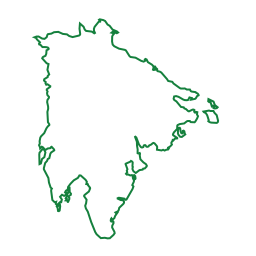 map outline of Sabah (Mercator projection), rotated 88°
{"feature_id": "MYS-1186", "entity_name": "Sabah", "entity_type": "State", "adm_level": 1, "iso_a3": "MYS", "parent_name": "Malaysia", "parent_adm1": "", "projection": "mercator", "projection_center": [117.356, 5.751], "detail": "fine", "context": "isolated", "style": "outline", "palette": "green", "viewbox_px": 256, "rotation_deg": 88, "n_neighbors": 0, "source": "natural_earth", "source_scale": "10m", "svg_char_len": 5882}
<svg xmlns="http://www.w3.org/2000/svg" viewBox="0 0 256 256"><g transform="rotate(88 128 128)"><path d="M87.3,207.9L86.5,207.8L84.1,204.3L83.5,204.2L81.5,206.9L81.9,208.2L80.5,208.9L79.2,208.6L77.9,210.1L77.3,210.3L76.2,209.9L74.3,206.5L73.2,206.4L71.7,204.9L67.1,206.5L61.3,205.2L60.4,207.1L55.4,211.3L54.5,210.9L53.9,210.2L53.0,208.0L51.0,207.1L47.5,206.7L46.7,205.0L46.2,204.5L45.6,204.6L44.8,205.3L44.3,207.1L44.1,210.7L41.9,212.5L41.4,213.8L40.7,214.0L39.3,213.0L36.1,216.1L35.0,216.4L34.1,218.3L33.4,216.2L33.5,214.1L35.6,210.7L36.0,208.3L34.4,206.1L32.1,205.3L31.4,204.7L31.0,201.3L29.7,198.6L29.5,194.3L31.7,189.8L32.3,185.7L34.0,183.6L35.2,180.2L33.9,173.7L33.1,172.7L32.4,172.5L27.1,173.0L21.9,172.4L25.2,168.9L28.1,167.8L29.5,166.5L30.4,160.8L32.2,158.4L31.8,157.7L29.7,158.6L27.6,158.6L25.7,157.8L20.7,153.5L20.7,152.1L20.1,152.0L18.8,153.1L18.4,152.4L19.3,148.9L20.3,147.1L23.9,144.8L25.2,142.8L29.1,140.0L31.1,135.7L32.2,134.6L32.9,135.9L31.0,139.5L32.2,141.1L33.0,138.4L34.9,140.1L36.0,140.6L41.0,140.9L44.1,140.4L45.8,138.9L48.4,134.2L49.8,128.4L50.4,127.4L56.2,124.0L57.1,123.0L58.0,118.0L61.4,112.4L62.2,110.0L61.3,108.3L60.1,108.8L59.6,108.1L60.2,107.0L62.9,105.8L65.5,101.9L66.7,100.8L68.4,100.3L70.6,101.0L70.9,100.5L70.7,98.6L70.0,98.4L67.5,99.1L67.5,98.8L69.0,98.0L70.1,96.8L71.6,96.8L72.2,96.5L72.8,94.2L73.7,92.8L80.5,87.3L82.4,86.2L83.4,82.1L85.1,81.0L90.0,74.7L90.4,73.8L90.5,69.8L91.6,67.9L91.7,64.8L93.3,64.0L93.8,63.1L94.5,59.2L95.1,58.8L96.0,57.2L97.1,56.4L97.8,56.3L98.5,57.8L100.8,59.3L101.2,59.9L101.9,64.0L100.3,63.2L99.6,65.5L102.0,66.9L102.3,68.1L102.1,70.3L101.5,71.8L98.6,76.4L97.8,78.8L98.1,80.8L100.4,81.4L101.6,80.8L103.1,78.7L108.8,74.3L109.3,71.6L110.4,71.0L111.1,69.4L113.2,67.3L113.5,66.5L111.9,62.9L111.9,61.7L112.4,61.0L114.0,61.3L114.9,60.7L115.0,60.3L114.4,59.8L114.3,59.3L114.6,58.2L116.9,58.6L118.6,57.6L120.9,58.6L124.0,60.6L124.6,61.3L124.3,65.0L124.0,65.5L123.2,65.9L123.1,68.1L123.4,69.0L125.4,71.7L125.9,76.2L126.8,78.3L127.5,78.7L130.6,78.9L134.0,82.3L135.9,83.3L136.8,83.1L139.6,79.2L140.1,79.2L140.3,81.6L141.8,82.9L141.5,83.1L141.4,83.7L142.6,84.1L144.0,85.1L144.7,85.2L146.1,84.7L148.0,86.6L149.1,88.7L149.5,88.7L150.0,88.0L150.9,88.7L151.0,90.3L151.8,92.2L151.0,93.7L151.6,95.2L150.7,99.8L148.0,99.5L146.9,99.9L144.3,102.0L143.8,103.0L144.1,103.9L145.3,105.3L146.2,107.5L147.2,108.2L147.5,109.6L147.2,110.3L145.8,111.2L145.7,111.9L146.0,112.8L147.6,113.4L148.0,114.7L147.6,115.7L144.9,117.6L137.8,120.0L136.4,121.5L142.1,119.6L146.0,119.6L149.8,119.1L153.5,119.3L153.9,118.6L153.4,117.2L154.0,116.9L156.0,117.2L159.7,116.7L162.9,113.8L164.7,111.4L166.3,110.5L167.1,110.7L169.0,112.6L169.2,114.3L170.1,114.8L170.5,118.0L173.2,121.8L171.5,124.0L169.5,124.9L168.2,124.9L167.1,124.5L166.2,124.9L162.7,124.5L161.8,124.9L161.0,126.2L161.8,127.0L163.5,131.3L163.9,131.7L169.2,130.0L170.6,130.7L172.1,130.3L173.7,131.6L174.6,130.7L174.4,129.6L175.5,127.4L175.2,125.7L176.0,125.1L178.5,124.8L180.8,123.8L182.0,124.1L185.2,125.7L186.6,124.6L189.1,125.6L199.4,132.0L199.7,132.7L199.5,133.3L198.5,134.0L197.6,138.4L197.4,139.6L197.8,140.8L198.2,140.8L199.8,137.7L199.9,135.6L201.4,134.6L202.6,134.6L203.7,135.3L207.4,139.5L209.8,140.2L210.9,141.0L212.0,143.5L212.7,142.9L212.7,141.9L215.4,143.9L217.6,144.8L218.5,145.9L218.7,147.1L217.7,147.7L218.4,148.2L220.1,148.5L220.8,148.1L221.0,147.3L220.5,146.3L221.2,145.8L222.6,145.8L225.2,147.2L226.9,147.3L231.3,145.2L232.7,145.0L234.4,146.3L237.5,150.0L237.6,152.2L236.9,155.0L237.1,159.0L233.1,163.1L230.8,164.4L220.6,168.1L210.2,171.1L206.9,172.9L204.3,173.5L201.7,172.5L198.2,171.9L194.7,174.2L194.1,174.2L193.4,173.7L190.1,169.3L187.2,168.0L186.7,168.3L186.2,168.1L183.2,170.4L182.8,170.1L182.5,170.3L182.5,171.6L180.3,171.0L178.3,172.2L173.8,176.9L173.7,178.2L176.1,179.8L178.4,184.0L181.7,187.4L184.8,189.9L187.5,190.4L188.4,192.1L189.2,192.7L190.1,193.1L190.3,192.1L191.0,191.9L192.8,192.7L193.6,194.2L192.4,196.3L194.0,197.9L194.4,198.3L197.1,196.6L199.7,197.3L199.4,198.1L202.3,201.5L202.3,201.9L201.2,202.9L199.3,202.4L199.6,203.3L199.3,204.2L197.3,206.1L188.1,207.0L186.8,206.8L185.9,206.2L184.8,207.4L179.7,208.9L175.2,209.3L166.4,213.5L165.2,213.5L160.1,212.0L158.0,210.0L156.2,209.3L155.4,207.7L151.0,206.5L149.8,205.7L147.8,202.5L146.9,202.6L144.1,205.0L144.3,205.5L145.4,206.2L145.7,209.1L146.7,210.5L146.8,211.2L146.1,212.3L144.5,213.5L143.7,214.8L145.3,216.5L144.3,216.6L142.0,217.5L140.6,216.7L138.1,216.8L134.6,216.0L133.3,215.2L130.2,211.9L125.6,209.6L123.6,208.1L122.4,206.6L121.6,206.5L119.4,207.8L109.1,208.0L106.0,207.1L103.7,207.1L99.3,207.9L97.1,207.5L95.1,206.0L94.1,205.9L92.3,207.4L90.2,207.7L88.7,207.1L87.3,207.9ZM118.3,38.9L124.0,37.7L125.3,38.1L126.0,39.1L125.5,44.7L124.9,46.4L124.0,47.5L123.1,47.0L118.1,48.4L115.8,49.7L114.8,51.6L114.2,52.0L113.4,46.4L113.9,45.0L114.0,42.0L115.8,41.1L118.3,38.9ZM149.6,217.3L146.3,214.4L146.0,213.7L146.5,212.9L147.5,212.2L149.5,211.4L154.2,212.6L156.0,215.0L160.4,216.3L161.0,217.7L151.5,217.6L149.6,217.3ZM136.4,71.0L138.8,74.5L138.6,76.2L136.4,77.9L135.0,78.3L131.6,78.1L129.6,77.2L129.6,76.3L130.1,75.9L133.5,75.5L135.1,74.8L135.3,73.9L134.8,73.4L132.8,73.3L132.6,72.5L133.3,71.8L135.5,71.5L136.4,71.0ZM194.7,190.0L195.5,189.1L196.9,189.1L199.7,190.4L199.7,190.8L198.4,191.2L198.2,192.7L196.8,191.6L196.1,192.7L193.9,191.4L192.1,191.1L191.3,190.4L185.6,188.9L185.6,188.5L190.0,188.5L191.7,187.3L192.8,187.5L193.8,189.3L194.7,190.0ZM110.4,37.7L111.2,38.5L111.5,39.8L111.4,41.2L110.8,42.0L109.7,41.0L108.9,41.4L108.6,42.5L109.2,43.5L103.9,44.9L104.9,46.0L104.1,46.9L101.9,46.6L104.6,41.6L108.1,40.4L110.4,37.7ZM203.9,198.5L208.1,199.2L208.7,200.0L208.5,200.8L205.1,201.2L203.9,202.0L203.6,201.8L203.5,200.4L202.6,199.6L202.2,198.7L203.9,198.5ZM178.5,122.2L179.2,122.5L179.4,123.0L179.1,123.6L176.8,124.3L175.4,123.8L175.3,123.4L176.3,122.5L178.5,122.2Z" fill="none" stroke="#15803d" stroke-width="2"/></g></svg>